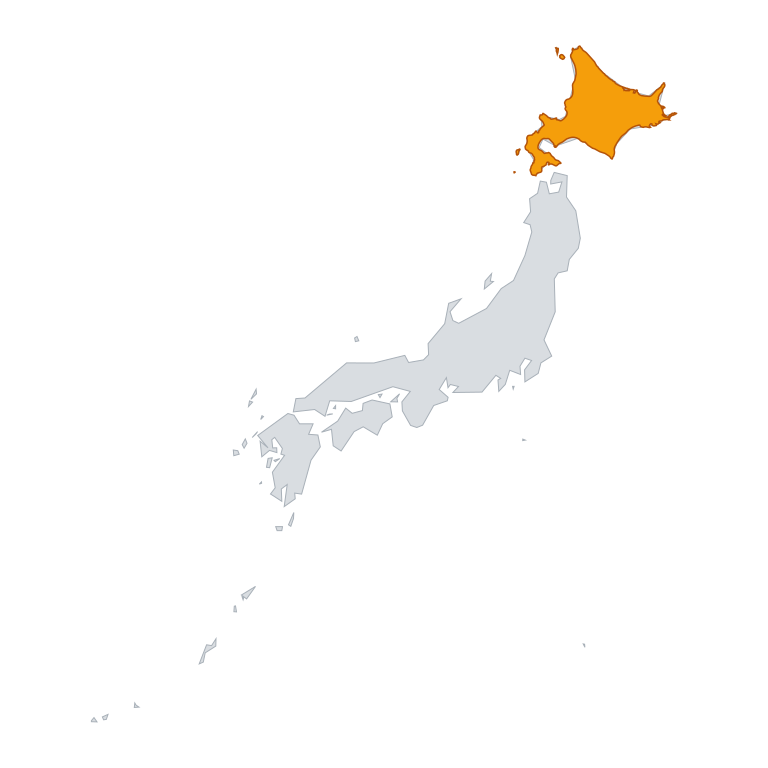 Japan, with Hokkaidō highlighted
{"feature_id": "JPN-1847", "entity_name": "Hokkaidō", "entity_type": "Circuit", "adm_level": 1, "iso_a3": "JPN", "parent_name": "Japan", "parent_adm1": "", "projection": "natural_earth1", "projection_center": [142.428, 43.461], "detail": "fine", "context": "in_parent", "style": "filled", "palette": "amber", "viewbox_px": 768, "rotation_deg": 0, "n_neighbors": 0, "source": "natural_earth", "source_scale": "10m", "svg_char_len": 9654}
<svg xmlns="http://www.w3.org/2000/svg" viewBox="0 0 768 768"><path d="M554.2,172.4L567.2,175.6L566.5,197.1L575.8,210.8L580.3,238.2L578.3,248.3L569.3,259.4L567.2,270.8L558.1,272.9L554.3,278.9L555.2,311.8L544.0,339.9L551.7,356.1L540.9,362.9L538.2,373.4L524.9,381.9L524.6,369.8L531.6,360.5L524.9,358.2L520.0,366.2L520.6,374.5L509.7,370.3L505.3,384.4L498.8,391.4L498.0,380.0L500.7,378.4L495.9,375.3L482.0,392.1L452.9,392.5L458.5,386.5L450.4,384.5L448.0,387.7L446.4,377.6L439.2,389.5L448.1,397.3L447.3,400.8L433.7,405.5L422.6,425.2L416.8,427.5L410.6,425.4L402.4,410.9L401.9,401.9L410.3,391.4L392.9,386.7L351.2,401.5L329.7,400.8L325.0,416.3L314.6,409.5L293.3,411.9L295.9,398.6L305.0,398.0L346.6,362.9L373.9,363.0L404.8,355.4L408.6,362.5L423.5,359.9L428.6,354.7L428.1,343.6L444.7,323.7L448.7,303.3L461.1,298.8L450.0,311.7L452.9,320.6L458.7,323.3L486.5,308.5L501.2,288.6L513.5,280.5L524.9,255.6L531.8,232.0L530.1,224.7L523.7,222.6L530.6,211.8L529.6,198.7L537.6,193.3L540.3,181.1L546.4,182.2L549.3,193.8L558.7,192.1L561.9,181.9L550.7,184.0L550.8,180.4L554.2,172.4ZM626.4,90.1L648.6,96.0L664.7,83.5L659.2,104.4L664.3,115.7L676.6,113.1L654.0,125.2L630.2,129.0L616.8,143.5L612.0,156.8L577.3,138.5L555.6,146.0L543.0,139.1L539.1,147.5L559.6,162.9L547.3,162.6L537.4,174.0L531.6,173.4L533.5,159.5L526.7,148.0L527.5,138.4L541.9,126.7L540.9,115.7L559.5,119.5L565.4,116.4L575.2,78.6L570.8,57.5L573.0,49.8L579.6,46.4L603.0,72.7L626.4,90.1ZM299.5,423.8L313.1,423.8L308.6,434.3L317.9,435.0L320.3,446.9L311.0,460.2L301.6,494.1L294.7,493.1L295.2,498.8L284.2,506.6L287.2,484.5L281.3,489.0L281.8,501.3L270.5,494.0L275.2,487.8L272.4,472.2L284.6,455.3L280.9,454.1L282.4,448.5L274.7,437.4L271.8,439.7L272.7,447.9L276.7,447.8L276.9,452.6L269.5,450.4L261.8,456.8L260.1,441.2L268.0,447.8L257.7,435.5L287.9,413.5L294.0,415.2L299.5,423.8ZM372.1,400.0L389.9,403.9L392.2,416.9L382.7,423.7L377.3,435.2L363.2,426.8L354.1,431.6L341.1,451.0L333.2,445.8L331.5,429.3L321.5,432.2L337.7,421.1L345.7,408.1L352.2,413.3L362.4,410.6L363.1,403.4L372.1,400.0ZM215.8,646.1L205.2,652.8L203.3,662.1L199.2,663.9L206.6,644.8L211.6,645.6L216.0,638.7L215.8,646.1ZM493.4,281.5L484.3,289.0L485.1,281.1L491.6,273.6L490.3,281.2L493.4,281.5ZM255.5,586.4L246.6,598.9L241.4,595.0L255.5,586.4ZM269.6,467.7L266.5,467.3L268.1,458.4L272.2,457.8L269.6,467.7ZM397.6,401.9L390.7,401.8L399.6,393.8L396.9,398.4L397.6,401.9ZM281.8,530.6L277.1,530.6L275.7,526.6L282.5,526.6L281.8,530.6ZM256.5,393.9L250.9,399.3L256.1,389.2L256.5,393.9ZM290.8,526.3L288.5,524.8L293.8,512.5L293.5,518.5L290.8,526.3ZM233.3,450.0L237.8,450.7L239.2,454.2L233.8,455.7L233.3,450.0ZM252.6,402.1L248.5,406.5L249.5,400.9L252.6,402.1ZM97.0,721.9L91.4,721.7L91.4,720.7L94.0,717.6L97.0,721.9ZM358.8,340.8L355.4,341.6L354.6,338.0L357.0,336.5L358.8,340.8ZM244.1,448.2L242.2,444.6L245.3,438.9L247.0,443.3L244.1,448.2ZM108.0,714.4L106.3,719.4L103.6,719.8L102.4,716.9L108.0,714.4ZM236.5,611.9L233.9,611.7L234.3,606.2L235.5,605.9L236.5,611.9ZM563.7,58.6L560.0,57.6L559.8,55.9L562.7,55.1L563.7,58.6ZM279.8,458.6L275.3,461.7L274.0,460.3L279.8,458.6ZM518.4,153.7L516.6,150.5L519.8,149.3L518.4,153.7ZM326.6,415.2L329.4,414.1L332.8,413.9L326.6,415.2ZM557.9,48.3L557.3,53.9L555.8,47.8L557.9,48.3ZM255.9,434.0L252.2,437.5L257.6,431.6L255.9,434.0ZM139.0,707.1L134.3,707.5L134.8,703.0L136.1,705.2L139.0,707.1ZM263.5,416.6L260.7,419.5L262.0,415.7L263.5,416.6ZM382.0,394.1L380.0,397.6L378.3,394.6L382.0,394.1ZM243.8,597.4L243.1,599.8L242.1,596.8L243.8,597.4ZM514.1,386.4L513.2,389.1L512.6,386.4L514.1,386.4ZM261.6,483.3L259.3,484.1L261.5,481.9L261.6,483.3ZM335.6,405.6L335.6,408.8L333.4,408.4L335.6,405.6ZM525.3,440.1L522.7,440.6L522.8,439.1L525.3,440.1ZM584.6,644.2L584.9,647.3L583.2,643.9L584.6,644.2Z" fill="#d9dde1" stroke="#a8b0b8" stroke-width="1"/><path d="M674.5,112.8L676.4,113.4L676.0,113.9L675.2,114.0L674.8,114.6L673.5,114.9L672.9,115.4L671.5,115.5L671.0,116.3L670.1,117.1L669.6,118.6L668.8,119.7L669.1,119.9L668.3,119.9L667.2,119.4L666.0,119.7L663.4,119.8L662.9,120.0L662.3,120.5L661.7,120.8L659.3,121.2L659.0,121.4L658.9,121.9L659.0,122.4L660.1,122.7L659.6,123.1L658.7,123.2L658.4,123.8L657.8,124.1L657.2,124.2L656.0,123.8L656.6,124.9L656.5,125.3L656.3,125.5L654.3,125.9L653.4,125.9L652.7,125.6L652.0,125.0L651.9,124.0L650.9,123.7L649.9,124.6L649.3,125.9L649.5,126.3L650.5,127.3L649.5,127.6L645.9,126.8L644.0,127.0L643.4,127.3L642.6,127.2L640.7,126.6L640.3,126.2L639.9,125.2L639.6,125.1L639.0,125.1L635.5,126.0L632.0,127.5L628.2,130.1L625.8,132.9L622.0,135.9L620.4,137.7L617.2,142.4L614.8,146.7L614.4,148.0L614.2,149.5L614.5,152.0L614.4,153.4L613.7,155.9L613.4,156.6L612.7,157.2L612.4,158.6L612.1,159.0L611.7,158.9L610.6,158.0L610.2,157.1L608.9,155.9L605.0,153.4L600.0,151.8L594.7,148.9L592.5,148.2L588.0,145.2L585.2,142.2L582.6,141.9L580.5,140.7L579.1,139.1L576.4,137.8L574.1,137.3L571.9,137.3L569.7,137.8L566.7,138.9L562.5,142.0L561.8,142.3L561.3,142.7L560.2,143.1L558.2,144.4L556.4,146.8L556.0,147.1L555.4,147.3L554.7,147.1L554.2,146.4L554.3,146.3L555.3,146.5L555.5,146.4L555.6,146.0L554.6,145.6L553.9,145.0L553.5,143.5L549.3,139.0L548.1,138.5L545.9,138.7L544.1,138.4L543.5,138.5L542.4,139.0L541.4,139.8L540.5,140.8L539.1,143.1L538.5,144.4L538.1,145.7L537.9,147.1L538.2,148.6L538.9,149.4L541.5,150.7L542.3,151.3L544.1,153.2L544.6,153.4L546.1,153.0L547.7,152.9L548.7,152.5L550.2,153.5L550.6,154.4L551.8,156.0L553.6,157.4L555.2,159.5L556.2,160.1L557.9,160.5L558.5,160.8L560.4,162.5L560.9,163.1L560.6,163.4L558.9,163.7L556.9,165.5L556.0,165.9L554.8,165.5L552.7,164.4L551.4,164.0L550.2,164.0L549.1,164.7L548.5,164.8L548.3,164.4L548.5,163.9L549.1,163.3L549.0,162.7L548.5,162.3L547.9,162.1L547.3,162.2L546.8,162.6L545.9,165.1L544.4,165.8L543.9,166.3L542.1,166.8L541.6,168.0L541.8,170.6L541.5,171.6L540.7,172.2L537.5,173.1L536.7,173.9L536.3,174.5L535.9,175.7L535.3,175.6L534.1,175.1L533.1,175.3L531.6,174.4L531.0,172.5L530.3,170.7L530.2,170.0L530.3,169.3L530.8,168.3L531.2,166.3L532.5,164.3L532.8,163.1L532.9,162.9L533.7,162.9L533.9,162.6L534.0,161.6L533.9,161.0L534.4,160.6L534.6,159.5L534.3,158.4L534.3,157.8L534.4,157.3L533.6,156.4L532.3,154.2L531.5,153.4L529.0,152.4L528.6,151.8L527.9,150.6L526.9,150.2L525.8,149.3L525.5,149.0L525.1,146.9L525.2,146.3L525.5,145.7L526.5,144.1L526.8,143.4L527.2,141.9L527.2,140.5L526.8,138.2L527.1,137.0L527.9,135.8L528.9,135.4L531.9,135.1L532.3,134.9L533.4,133.6L534.4,133.2L535.6,131.2L536.0,131.1L536.6,131.5L537.5,132.7L538.0,132.9L538.6,132.5L538.8,131.0L539.0,130.7L539.5,130.4L540.5,128.6L542.6,126.5L543.6,125.8L544.1,125.3L544.2,124.7L543.6,123.8L543.3,122.6L542.1,121.0L540.3,119.4L539.6,118.6L539.4,117.3L540.2,115.0L542.0,114.9L542.5,114.5L542.8,113.6L543.0,113.4L543.3,113.5L546.6,115.7L547.8,117.0L548.3,117.4L550.1,118.2L551.0,119.1L551.3,119.2L553.9,118.8L555.8,118.1L556.4,118.0L556.6,118.2L556.2,119.1L556.6,119.7L557.8,119.9L560.3,120.8L561.1,120.7L561.8,120.3L563.7,119.0L565.3,117.3L566.0,116.4L566.7,115.2L567.1,113.8L567.1,112.4L566.8,111.5L565.4,109.6L565.1,108.7L565.2,108.1L565.9,107.0L565.2,105.5L565.3,104.9L564.7,103.5L564.6,102.8L565.1,101.4L565.8,100.3L566.8,99.6L567.3,99.3L568.4,99.2L569.3,98.7L570.7,97.7L571.5,96.8L572.1,95.7L572.6,94.3L572.9,91.7L572.5,85.1L572.8,83.9L574.8,80.4L575.9,75.0L576.1,73.6L575.8,69.7L575.0,66.0L574.2,63.8L570.9,57.2L570.6,55.9L570.9,54.5L571.7,53.4L572.0,52.5L572.5,51.7L572.5,51.2L572.2,49.7L572.5,48.7L572.9,48.3L573.2,48.5L573.3,48.7L573.6,49.8L576.8,49.1L578.1,48.3L578.2,47.2L578.5,46.7L579.2,46.2L579.8,46.1L580.2,46.4L580.8,47.7L581.6,48.1L582.5,49.8L583.5,50.7L585.7,52.2L586.6,53.0L594.5,61.8L596.7,66.0L597.6,66.6L598.8,68.4L603.6,73.4L604.4,73.8L605.4,75.3L606.9,76.3L608.8,78.1L611.0,79.7L611.9,80.0L613.3,81.4L614.6,81.8L615.1,82.9L616.0,83.8L619.6,85.8L625.2,87.8L625.2,88.0L623.2,87.8L622.8,88.0L623.7,89.0L624.0,90.2L624.4,89.9L625.0,90.5L625.4,90.6L629.2,90.7L629.9,90.0L630.7,89.5L633.7,89.7L635.0,90.4L634.2,90.8L633.9,91.2L633.4,92.8L634.6,93.1L634.9,93.0L635.4,92.2L636.1,90.2L636.8,90.0L637.3,90.4L637.1,91.3L637.7,92.6L638.3,93.0L638.7,94.0L638.9,94.3L640.2,95.1L641.5,95.6L645.0,96.1L649.2,96.4L650.4,96.2L651.4,95.6L654.3,92.7L656.8,89.9L658.5,88.9L659.7,87.8L660.6,87.3L661.7,85.2L663.2,83.8L663.5,83.0L664.0,82.9L664.2,83.5L664.8,84.6L664.8,85.9L664.2,87.1L662.8,88.9L662.5,89.5L662.3,91.1L662.1,91.6L659.8,94.2L659.2,95.2L658.3,97.5L658.5,98.1L658.4,98.7L657.5,100.8L657.6,101.5L658.6,103.6L660.6,105.7L661.2,106.7L661.6,108.2L661.9,108.5L662.4,109.8L663.1,112.5L663.6,113.7L664.4,114.7L665.7,115.6L664.9,115.7L663.3,114.5L662.6,114.3L662.3,114.6L662.3,114.9L662.4,115.2L663.7,115.7L663.8,115.9L663.4,116.0L663.9,116.5L665.4,117.1L667.5,117.2L668.8,118.0L668.9,117.6L668.4,117.1L668.2,116.7L670.3,114.6L671.6,114.1L672.0,113.4L672.3,113.3L673.8,113.3L674.5,112.8ZM564.5,57.0L564.7,57.4L564.2,58.1L564.1,58.5L563.1,59.2L562.6,59.3L560.9,58.4L560.1,57.8L559.7,57.0L560.0,56.4L559.7,55.8L560.6,54.9L561.5,54.6L562.3,54.8L563.1,55.3L564.5,57.0ZM519.5,149.1L519.9,149.4L519.7,150.1L518.8,151.3L518.5,153.6L518.1,154.3L517.1,155.1L516.9,155.0L516.5,154.4L516.6,154.1L516.4,153.5L516.4,152.9L516.1,151.9L516.4,150.7L516.7,150.2L517.1,150.0L518.3,149.7L519.5,149.1ZM557.8,48.3L558.2,48.5L558.3,49.1L557.9,52.3L557.3,54.1L557.2,53.6L557.3,53.2L556.4,51.4L556.3,50.8L556.5,49.2L556.4,48.9L555.7,47.9L556.1,47.7L556.6,48.6L557.0,48.6L557.8,48.3ZM663.5,106.5L664.7,107.4L664.8,107.7L663.5,108.1L663.2,108.8L662.8,108.9L662.6,108.8L662.7,108.3L662.9,108.0L664.0,107.4L660.8,105.9L663.5,106.5ZM627.8,88.5L628.6,89.0L630.1,89.1L629.3,89.4L628.2,89.2L626.1,88.5L626.2,88.2L626.7,88.2L627.8,88.5ZM514.9,171.9L515.1,172.1L514.9,172.4L514.2,172.8L514.1,172.6L514.0,172.2L514.1,171.8L514.9,171.9Z" fill="#f59e0b" stroke="#b45309" stroke-width="1.5"/></svg>